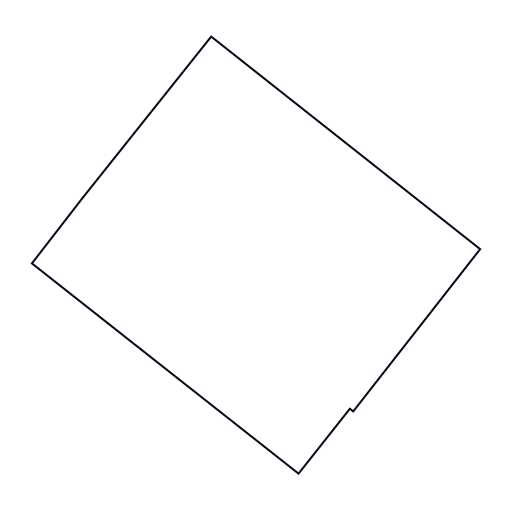 outline of Woodson, Kansas, United States of America, rotated 38°
{"feature_id": "52423323B96527043056264", "entity_name": "Woodson", "entity_type": "district", "adm_level": 2, "iso_a3": "USA", "parent_name": "United States of America", "parent_adm1": "Kansas", "projection": "robinson", "projection_center": [-95.741, 37.886], "detail": "fine", "context": "isolated", "style": "outline", "palette": "ink", "viewbox_px": 512, "rotation_deg": 38, "n_neighbors": 0, "source": "geoboundaries", "source_scale": "gbopen_adm2", "svg_char_len": 257}
<svg xmlns="http://www.w3.org/2000/svg" viewBox="0 0 512 512"><g transform="rotate(38 256 256)"><path d="M84.0,399.8L423.5,401.3L424.0,318.6L428.3,318.6L428.4,112.6L85.6,110.7L83.6,317.0L84.0,399.8Z" fill="none" stroke="#020617" stroke-width="2"/></g></svg>